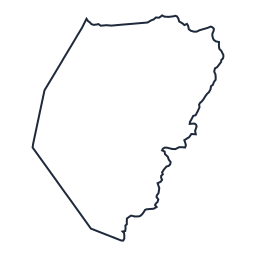 Mauriti, Ceará, Brazil
{"feature_id": "56859067B91433627627453", "entity_name": "Mauriti", "entity_type": "district", "adm_level": 2, "iso_a3": "BRA", "parent_name": "Brazil", "parent_adm1": "Ceará", "projection": "orthographic", "projection_center": [-38.648, -7.423], "detail": "fine", "context": "isolated", "style": "outline", "palette": "slate", "viewbox_px": 256, "rotation_deg": 0, "n_neighbors": 0, "source": "geoboundaries", "source_scale": "gbopen_adm2", "svg_char_len": 2040}
<svg xmlns="http://www.w3.org/2000/svg" viewBox="0 0 256 256"><path d="M86.5,18.8L82.0,27.8L76.9,36.2L74.1,41.0L63.5,58.6L61.3,62.4L51.8,78.2L44.5,90.3L40.5,109.1L33.1,144.0L32.6,147.5L47.8,168.6L57.0,181.4L62.1,188.6L69.6,198.9L90.9,228.6L121.2,240.5L123.2,240.6L124.3,238.6L124.3,234.9L124.0,232.9L122.6,231.5L125.2,231.0L125.6,228.1L125.4,225.5L126.8,224.3L126.8,221.7L126.9,218.6L128.7,217.2L130.8,215.7L132.6,215.9L134.7,216.5L138.7,216.4L140.3,215.9L142.2,214.2L143.6,212.3L145.1,209.9L146.6,209.3L153.8,208.7L156.6,207.0L155.0,205.0L155.9,203.5L157.6,201.9L158.3,199.4L156.5,197.0L156.8,195.4L158.5,193.2L159.3,188.1L158.4,185.6L157.6,183.2L160.6,181.8L162.1,179.8L161.1,177.7L161.2,175.8L162.8,174.3L162.1,172.3L164.0,169.4L166.5,166.5L168.7,165.9L170.2,164.3L170.6,162.0L168.8,159.7L167.8,156.8L165.0,154.1L164.6,151.5L162.1,150.4L162.8,148.8L164.5,147.7L166.6,147.6L172.4,149.0L175.4,149.1L179.1,147.2L182.2,147.2L185.1,147.5L185.9,145.1L184.9,141.7L184.3,140.2L189.2,137.1L191.4,134.0L194.3,134.2L195.8,134.3L195.1,130.9L196.6,126.5L196.1,124.8L194.8,123.7L193.1,123.6L189.7,123.9L190.0,121.9L192.1,118.1L193.2,115.9L195.6,115.2L197.9,110.9L199.5,107.2L199.1,104.6L200.2,102.7L201.5,101.7L203.4,99.4L205.2,96.4L207.3,93.6L208.8,92.4L210.5,89.4L211.0,86.2L212.9,84.8L213.9,82.0L215.6,79.8L215.7,77.9L215.5,74.5L214.2,71.7L214.9,68.4L217.1,67.2L219.8,63.7L221.1,61.9L221.4,59.8L222.9,58.6L223.4,56.7L223.3,54.7L222.4,53.1L221.4,51.0L219.3,48.8L218.9,45.8L219.0,42.0L215.9,41.4L213.8,39.9L212.9,38.0L212.3,35.5L212.4,33.7L213.7,30.6L213.9,28.8L212.3,27.2L210.7,26.6L207.6,27.9L199.6,30.2L196.8,31.6L194.2,31.7L190.9,30.8L188.8,29.2L188.1,25.7L186.9,23.9L184.4,25.1L182.4,23.3L179.2,21.5L178.4,18.7L177.0,16.4L175.2,15.8L173.1,16.4L170.9,16.6L168.5,16.9L164.3,16.6L162.1,15.4L160.8,16.5L159.0,17.7L155.9,17.5L153.7,19.4L151.1,20.4L147.6,22.5L128.8,24.1L122.5,24.6L111.5,25.6L106.4,25.2L103.1,25.5L100.7,25.7L98.5,24.1L96.6,24.5L93.8,24.9L91.4,24.1L89.8,22.3L88.1,21.2L86.5,18.8Z" fill="none" stroke="#1e293b" stroke-width="2"/></svg>